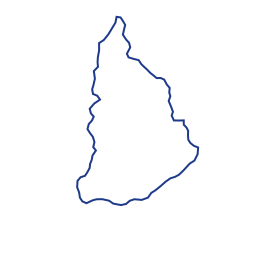 Embaúba, São Paulo, Brazil (Robinson projection), rotated 35°
{"feature_id": "56859067B66674358834369", "entity_name": "Embaúba", "entity_type": "district", "adm_level": 2, "iso_a3": "BRA", "parent_name": "Brazil", "parent_adm1": "São Paulo", "projection": "robinson", "projection_center": [-48.853, -20.954], "detail": "fine", "context": "isolated", "style": "outline", "palette": "blue", "viewbox_px": 256, "rotation_deg": 35, "n_neighbors": 0, "source": "geoboundaries", "source_scale": "gbopen_adm2", "svg_char_len": 1353}
<svg xmlns="http://www.w3.org/2000/svg" viewBox="0 0 256 256"><g transform="rotate(35 128 128)"><path d="M58.5,41.7L54.9,43.5L57.3,49.0L57.8,56.6L58.2,62.7L57.7,69.8L55.6,75.0L59.9,81.1L62.6,87.1L65.3,91.5L68.3,95.1L67.4,101.0L72.6,106.6L75.1,112.7L76.4,116.8L79.8,120.2L84.2,119.2L88.8,120.8L86.3,127.3L85.6,134.2L89.2,137.3L93.4,138.3L94.2,142.7L93.6,147.2L95.4,152.1L99.6,153.9L104.3,155.4L108.6,158.8L110.5,163.6L114.6,164.8L114.7,170.9L116.6,175.0L117.5,179.1L119.5,182.7L120.1,187.8L120.2,191.8L117.4,195.5L117.0,200.3L120.3,205.7L124.9,208.8L128.5,212.6L132.7,214.3L137.1,213.4L140.4,207.7L143.1,204.4L147.9,201.0L154.2,198.4L159.2,198.4L162.6,196.9L166.5,195.1L170.0,191.3L171.2,186.6L174.1,182.7L177.2,180.9L180.4,179.1L184.3,173.6L184.3,167.8L186.2,163.3L188.1,156.6L189.6,150.4L191.6,144.9L194.6,141.0L196.6,136.9L197.7,131.4L199.0,121.6L201.1,116.7L200.1,109.6L196.6,103.7L192.2,104.8L187.7,104.5L184.1,103.0L181.4,99.7L178.9,95.8L175.7,94.1L171.8,93.3L169.3,89.8L165.5,92.6L161.3,95.5L156.7,92.8L155.5,88.9L150.7,85.6L145.9,82.6L144.4,77.6L141.5,75.4L139.2,71.3L134.8,70.1L129.9,67.6L126.1,68.3L122.8,70.7L118.5,70.3L114.7,70.1L110.1,69.2L106.3,68.7L102.4,68.1L97.8,66.3L92.9,68.2L87.9,69.8L84.5,67.8L83.6,60.7L80.0,57.6L75.6,56.6L70.3,54.5L68.1,49.2L66.6,45.2L63.0,43.5L58.5,41.7Z" fill="none" stroke="#1e3a8a" stroke-width="2"/></g></svg>